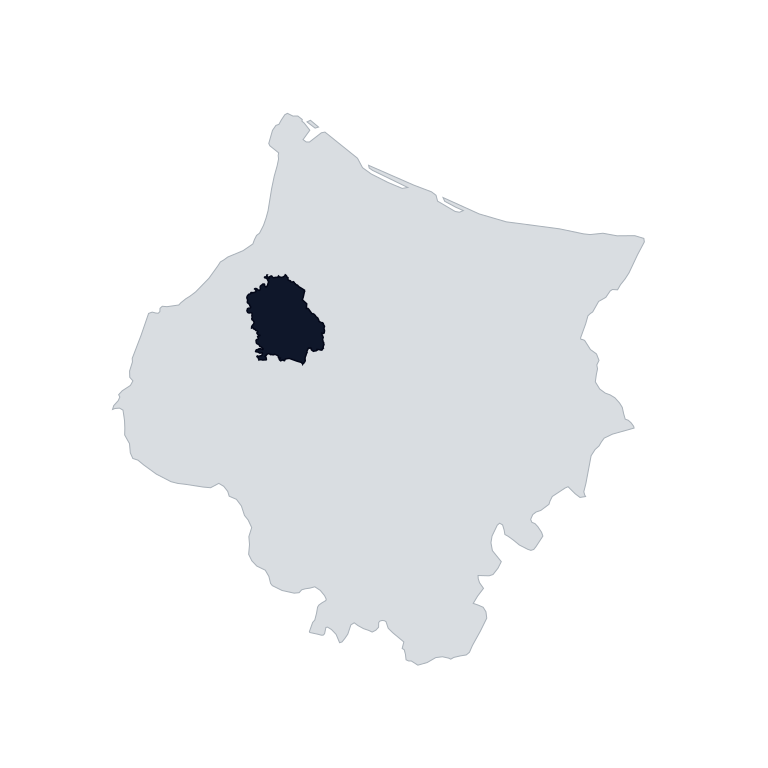 location of Iffou, N'zi-Comoé, Ivory Coast, rotated 209°
{"feature_id": "98640826B12556457947993", "entity_name": "Iffou", "entity_type": "district", "adm_level": 2, "iso_a3": "CIV", "parent_name": "Ivory Coast", "parent_adm1": "N'zi-Comoé", "projection": "mercator", "projection_center": [-4.013, 7.499], "detail": "fine", "context": "in_parent", "style": "filled", "palette": "ink", "viewbox_px": 768, "rotation_deg": 209, "n_neighbors": 0, "source": "geoboundaries", "source_scale": "gbopen_adm2", "svg_char_len": 9594}
<svg xmlns="http://www.w3.org/2000/svg" viewBox="0 0 768 768"><g transform="rotate(209 384 384)"><path d="M192.2,175.7L194.5,175.6L200.6,173.8L206.1,169.8L211.2,161.3L218.1,154.5L225.9,155.0L228.2,153.7L231.0,153.5L234.2,158.0L237.5,161.4L239.9,161.5L241.6,168.0L255.8,170.7L261.9,172.4L267.0,177.1L268.8,177.2L271.0,176.3L272.7,174.6L273.0,172.8L270.8,168.6L271.8,164.7L274.1,161.3L277.8,161.1L283.3,160.1L289.6,160.1L294.3,160.7L296.2,157.3L294.4,147.7L294.9,142.4L295.7,138.0L297.4,136.2L304.5,141.8L310.9,143.8L315.5,144.0L316.8,142.9L314.9,136.8L315.4,134.9L317.1,133.9L320.1,133.2L328.4,130.7L329.2,131.2L330.8,140.9L330.1,144.0L331.8,150.6L333.9,156.7L333.8,159.1L332.0,162.9L329.9,166.4L330.2,167.8L333.4,170.1L339.7,172.6L346.2,173.1L349.8,169.6L353.6,166.7L356.2,164.1L357.1,160.3L361.2,157.5L373.0,154.0L383.9,153.5L386.5,154.6L391.4,159.9L397.6,163.6L407.0,163.1L413.9,165.3L419.8,169.4L423.8,178.4L428.2,185.0L430.1,194.3L436.9,199.2L442.3,201.4L449.6,208.2L457.2,211.6L465.0,210.8L468.6,214.3L474.5,216.8L480.3,217.0L485.4,209.2L492.2,206.2L509.3,199.9L516.1,197.1L522.9,195.3L539.4,194.8L554.8,196.7L562.4,198.1L567.6,197.1L572.5,200.8L577.7,208.5L581.8,211.0L586.1,213.7L589.3,219.8L593.0,225.9L595.0,228.6L599.6,234.6L603.6,234.7L607.5,232.1L609.1,230.1L609.9,234.1L608.4,240.5L608.7,244.5L610.9,246.0L609.7,251.1L605.1,259.8L605.1,265.0L609.6,266.6L612.8,272.0L614.7,281.3L616.7,284.5L616.9,286.4L620.1,309.0L624.1,331.6L621.6,334.5L618.1,335.4L615.8,336.4L615.1,338.6L616.6,341.6L615.6,344.5L611.3,346.4L601.8,353.6L601.1,356.5L598.6,362.6L596.5,366.3L593.4,373.2L588.4,391.5L586.6,406.7L586.3,411.4L584.4,414.6L582.2,419.3L571.9,432.3L566.6,442.9L567.3,447.5L567.5,452.2L566.0,455.5L566.3,464.4L567.6,471.9L569.4,479.3L576.9,500.1L580.8,512.7L583.2,522.9L585.3,529.7L587.3,532.5L588.2,535.1L599.3,537.0L601.4,538.5L604.5,551.8L603.9,557.8L601.8,560.1L601.8,565.1L601.3,571.4L599.7,573.9L593.5,574.2L589.3,576.6L583.7,575.7L583.2,574.1L580.2,573.5L571.9,570.0L573.3,558.5L569.4,558.0L566.5,559.5L560.6,573.3L557.8,575.7L516.6,568.6L507.7,562.8L497.0,561.5L478.3,562.2L462.9,563.9L458.5,567.4L497.4,565.3L501.6,565.7L503.5,567.8L454.3,572.4L435.6,575.1L430.0,574.3L425.8,569.9L405.4,569.4L401.3,570.8L398.7,574.1L406.8,573.4L419.4,573.2L422.8,575.7L383.2,578.9L355.7,585.1L344.1,589.7L305.7,604.8L282.4,612.0L276.2,614.6L265.6,622.0L252.0,626.6L236.6,635.3L227.3,637.3L225.2,634.5L224.9,619.8L223.6,600.1L224.1,592.6L225.3,585.5L225.4,579.6L230.0,577.4L231.3,575.0L232.0,567.3L236.3,560.3L236.4,548.2L237.7,545.7L238.7,542.5L236.8,534.5L234.4,519.5L233.2,518.5L232.2,519.1L229.7,519.4L220.1,514.2L212.7,513.3L207.4,508.9L207.1,503.8L204.6,500.8L202.8,495.0L200.2,488.3L192.9,484.2L186.0,483.3L181.1,484.1L175.4,483.9L168.8,481.6L164.3,479.1L160.0,474.2L156.0,470.2L152.8,470.7L148.9,469.8L145.1,468.0L143.9,466.7L159.8,451.0L165.2,443.4L165.8,438.7L165.9,434.0L167.6,429.1L168.1,421.7L159.2,394.9L157.0,386.6L154.6,384.2L153.1,383.3L157.6,379.8L163.7,380.7L173.2,383.4L175.2,380.8L182.3,367.2L182.1,362.2L181.4,358.7L185.6,349.4L188.9,345.8L190.6,341.9L190.1,336.7L187.6,334.7L184.3,335.1L180.3,333.8L174.3,330.7L171.3,328.0L172.2,315.7L172.8,311.9L174.9,309.7L178.2,309.1L187.6,308.8L195.1,310.2L201.8,311.0L205.3,311.0L208.2,314.6L212.0,318.3L215.4,318.3L216.5,315.5L215.8,303.4L213.5,297.0L208.4,290.8L195.3,285.5L195.0,278.2L196.3,270.2L199.1,267.2L208.9,262.1L207.2,259.4L204.1,256.5L197.9,253.5L199.3,243.9L199.6,235.4L194.4,236.3L189.0,236.8L184.4,234.2L180.6,229.0L179.9,214.7L179.9,198.2L179.2,190.8L180.7,186.9L185.3,183.3L190.4,178.7L192.2,175.7ZM578.4,575.9L576.2,579.0L565.8,577.0L568.3,574.4L578.4,575.9Z" fill="#d9dde1" stroke="#a8b0b8" stroke-width="1"/><path d="M455.6,389.4L455.8,389.7L456.6,390.3L456.7,390.8L456.8,390.9L457.1,391.2L457.9,391.4L458.4,392.3L459.1,392.9L459.5,393.8L459.7,395.1L459.9,395.5L460.2,395.7L460.5,395.7L461.1,396.4L461.7,396.6L462.2,397.2L462.3,397.8L462.9,398.4L462.5,398.5L462.1,398.8L461.6,398.8L461.2,399.2L461.1,399.6L461.2,400.0L461.5,400.7L461.7,401.5L462.1,402.1L463.4,403.4L463.9,404.7L463.8,405.2L463.9,405.3L464.2,405.8L464.6,406.0L465.5,406.3L465.6,406.7L466.2,407.0L466.4,407.0L466.4,407.4L467.3,407.8L467.6,407.8L468.0,407.6L468.5,407.2L468.7,407.3L469.9,407.3L470.5,407.2L471.4,407.5L471.9,408.1L473.9,409.6L474.9,409.7L475.0,409.8L475.6,409.8L475.9,409.9L476.4,409.9L477.0,410.5L478.8,411.1L479.0,411.1L479.5,411.0L480.2,411.1L480.8,410.7L481.2,410.6L486.1,412.9L486.4,413.0L486.8,413.0L487.1,413.2L487.3,413.2L487.9,412.7L488.5,412.4L490.5,416.7L496.3,418.1L496.5,418.5L496.4,419.1L496.7,419.9L496.7,420.6L498.1,425.3L498.3,426.0L498.3,426.6L498.8,426.9L499.0,427.5L504.2,427.8L504.5,427.6L504.8,427.5L505.5,427.9L506.3,428.0L507.2,428.4L508.0,428.5L508.3,428.4L508.5,428.2L509.3,428.3L510.1,428.7L510.6,428.6L511.0,428.8L511.8,429.3L512.8,429.6L513.2,429.3L513.5,428.6L514.7,428.3L515.0,428.3L515.6,428.8L515.9,428.9L516.5,428.8L516.8,428.6L517.9,428.6L518.4,428.7L519.0,429.1L519.3,430.2L519.6,430.5L520.8,430.5L521.5,431.2L522.0,431.4L522.6,431.5L522.9,431.7L523.3,431.7L523.2,430.6L523.6,429.6L524.4,428.4L525.4,427.5L527.4,427.0L527.8,427.0L528.6,427.4L528.7,427.0L528.5,426.0L528.7,425.8L530.9,424.5L531.7,423.6L532.1,423.4L533.0,423.4L534.1,423.7L534.5,424.0L534.9,423.9L535.4,423.4L535.9,422.5L536.2,422.2L536.0,421.6L535.5,421.2L535.5,420.8L535.8,420.4L536.0,420.3L536.8,421.0L537.4,421.3L538.1,421.3L538.5,421.5L539.0,422.3L539.0,422.7L539.3,422.5L538.9,421.3L538.9,421.1L539.6,420.1L540.3,419.7L540.2,419.3L539.9,419.1L539.1,419.2L538.9,419.5L538.6,419.6L538.0,419.5L537.7,419.3L537.2,419.3L536.8,419.1L535.4,417.9L534.9,417.8L534.5,417.4L534.3,417.4L534.3,416.1L533.7,413.9L533.9,412.2L534.0,411.9L534.2,411.7L534.8,411.6L535.5,412.0L536.1,412.1L536.5,412.3L536.7,412.5L536.7,413.2L537.0,413.4L538.1,412.9L538.5,412.6L539.0,411.0L539.3,410.6L539.6,409.5L539.1,408.3L538.5,407.7L538.3,407.4L538.2,406.6L538.2,405.7L538.5,405.3L539.4,405.1L540.3,405.5L541.8,405.6L542.6,405.3L543.1,404.9L543.3,404.6L543.3,404.4L542.5,404.3L541.9,403.9L541.2,403.6L540.8,402.8L540.9,402.6L541.8,401.2L542.9,400.2L543.1,400.4L543.7,399.9L543.9,399.8L544.2,399.8L544.3,399.5L544.6,399.5L544.7,399.1L544.4,398.5L545.2,397.3L545.7,397.0L545.9,396.7L546.1,395.3L546.2,394.7L546.0,393.4L545.2,392.3L544.4,391.8L543.9,391.2L543.7,390.7L543.7,390.4L543.5,389.9L543.1,389.1L542.6,388.8L541.4,388.7L540.1,388.2L539.8,388.0L539.2,387.3L538.7,387.1L538.4,387.1L537.8,386.4L537.7,386.0L537.9,385.3L538.4,385.2L539.2,384.7L539.6,384.2L539.9,383.7L539.6,382.7L539.6,382.0L539.2,381.4L537.9,380.5L537.1,380.5L536.7,380.6L536.1,380.9L535.2,381.7L535.1,381.8L534.2,382.0L533.9,381.9L533.1,381.2L533.0,380.4L532.7,379.7L531.4,378.1L531.3,377.8L531.4,377.2L531.2,376.8L530.6,376.3L530.2,376.1L529.7,376.3L529.3,376.2L528.8,375.8L528.0,375.4L527.8,375.1L527.5,374.9L527.2,374.1L527.2,372.7L527.5,371.9L527.5,371.5L527.3,371.2L527.7,370.5L527.3,369.3L527.0,369.1L526.9,368.8L526.4,369.4L526.1,369.5L525.6,369.5L525.4,369.5L525.0,369.1L524.9,369.0L524.0,369.1L523.5,369.3L522.1,368.7L521.5,368.7L520.8,369.0L520.3,369.0L519.8,368.9L519.5,368.3L519.5,367.9L519.8,367.7L520.0,367.3L519.9,366.9L518.8,366.3L518.3,366.2L517.7,366.2L516.8,366.5L516.5,366.6L516.1,366.4L516.1,366.0L516.5,365.6L516.9,365.1L517.2,365.0L517.3,364.6L517.6,364.3L517.4,364.0L516.2,363.3L515.9,362.9L516.2,361.8L516.8,361.3L517.1,360.6L516.9,359.7L516.3,359.1L515.8,358.3L515.5,358.0L514.8,357.7L513.6,357.7L513.3,357.9L512.8,357.8L511.6,357.3L511.0,356.8L508.8,356.8L507.9,356.6L507.4,356.3L506.8,356.3L506.6,356.1L506.5,355.8L506.6,355.5L507.0,355.2L507.7,355.2L508.4,355.0L509.0,355.0L510.0,354.6L510.5,354.2L510.6,353.6L510.6,353.4L511.3,352.9L512.1,352.1L512.3,351.5L512.1,350.8L512.2,350.4L512.1,350.2L511.6,350.1L510.1,350.7L508.9,350.9L508.2,350.7L507.6,350.8L506.9,351.3L506.0,352.2L505.7,352.2L505.4,352.1L505.2,351.9L504.7,350.0L505.1,349.1L505.4,348.9L505.9,348.7L506.9,347.4L508.2,347.3L508.5,346.9L508.5,346.5L508.4,346.3L508.1,346.2L507.5,346.2L507.0,346.1L505.8,345.0L505.3,344.8L505.0,344.4L504.8,344.7L503.6,345.5L503.0,345.8L501.8,346.1L501.1,346.5L500.5,347.0L499.3,347.6L498.7,348.1L498.8,348.6L500.3,350.3L500.5,350.4L500.8,350.4L501.4,350.6L501.2,350.9L501.2,351.6L500.9,352.0L500.8,352.3L500.8,352.9L500.6,353.5L500.0,354.4L499.4,354.7L498.8,354.7L498.3,354.9L497.7,354.7L497.3,354.7L496.9,355.2L495.9,355.4L495.4,355.8L494.5,356.1L494.4,356.7L494.1,357.0L493.1,357.2L491.2,357.3L490.4,357.2L490.0,357.1L489.6,356.7L489.2,356.0L488.8,355.7L487.4,356.2L487.6,355.1L487.5,354.7L487.3,354.6L487.0,354.5L486.4,354.3L486.2,354.3L485.5,354.2L485.1,355.0L484.5,355.6L484.3,356.0L484.0,356.1L483.4,355.8L483.0,356.1L482.3,356.2L482.4,357.7L482.3,358.3L481.6,358.6L481.4,358.9L479.2,360.5L471.1,361.8L466.8,362.8L466.3,362.5L465.9,362.6L465.3,362.3L464.7,361.8L464.7,362.2L464.8,362.3L464.2,363.5L464.3,364.2L464.0,365.2L464.2,365.7L464.2,366.2L464.6,366.9L464.9,367.1L465.4,367.9L465.5,368.4L466.0,369.4L466.0,370.2L466.2,371.2L466.2,371.6L466.4,372.1L466.6,373.5L466.5,374.2L466.6,374.4L467.2,374.9L467.3,375.5L467.5,378.9L467.1,379.2L466.4,379.2L465.7,379.9L465.6,379.7L465.2,379.8L464.6,379.6L464.4,378.9L464.1,378.7L463.0,378.5L462.4,378.6L461.7,378.3L461.4,378.5L461.2,378.8L460.9,379.0L460.8,379.3L460.4,379.4L459.9,379.9L459.5,380.0L459.4,380.8L459.2,380.9L459.2,381.1L459.3,381.6L458.7,381.6L458.7,382.1L457.9,382.5L457.7,382.5L457.0,382.7L456.4,383.1L455.8,383.0L455.1,383.3L454.6,383.9L454.6,384.3L454.9,384.7L454.5,385.5L455.0,385.5L455.1,386.2L454.9,386.6L455.4,387.5L455.6,389.4Z" fill="#0f172a" stroke="#020617" stroke-width="1.5"/></g></svg>